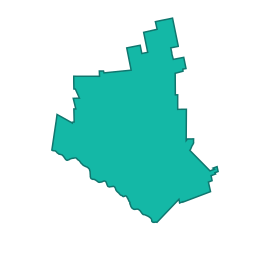 outline of Banda, Santiago del Estero, Argentina, rotated 348°
{"feature_id": "61730980B71346119241334", "entity_name": "Banda", "entity_type": "district", "adm_level": 2, "iso_a3": "ARG", "parent_name": "Argentina", "parent_adm1": "Santiago del Estero", "projection": "robinson", "projection_center": [-64.338, -27.421], "detail": "fine", "context": "isolated", "style": "filled", "palette": "teal", "viewbox_px": 256, "rotation_deg": 348, "n_neighbors": 0, "source": "geoboundaries", "source_scale": "gbopen_adm2", "svg_char_len": 4223}
<svg xmlns="http://www.w3.org/2000/svg" viewBox="0 0 256 256"><g transform="rotate(348 128 128)"><path d="M87.2,174.1L87.4,174.4L87.7,174.6L88.0,174.9L88.4,175.1L88.8,175.2L89.5,175.2L90.4,175.3L91.2,175.3L91.6,175.2L92.2,175.1L92.9,174.9L93.5,174.9L94.1,175.0L94.6,175.3L95.1,175.9L95.3,176.4L95.4,176.8L95.4,177.2L95.6,177.9L95.6,178.4L95.7,179.1L95.8,179.6L95.9,180.1L96.1,180.8L96.4,181.1L96.8,181.4L97.1,181.5L97.5,181.8L98.2,181.8L98.7,181.8L99.4,181.9L100.2,181.9L100.7,182.0L101.3,182.0L101.8,182.1L102.2,182.5L102.6,182.8L102.9,183.5L103.0,183.9L103.2,184.8L103.2,185.3L103.2,185.9L103.4,186.3L103.5,186.7L103.7,187.1L104.0,187.7L104.2,188.0L104.5,188.4L104.8,188.9L105.1,189.2L105.3,189.6L105.7,190.0L105.8,190.5L106.2,191.0L106.4,191.5L106.8,191.9L107.2,192.4L107.7,192.7L108.1,192.8L108.4,193.2L108.7,193.8L109.1,194.1L109.6,194.1L110.2,194.1L110.8,193.9L111.2,193.8L111.8,194.0L112.1,194.4L112.6,195.1L112.7,195.6L112.8,196.1L112.9,196.4L113.1,196.7L113.3,196.9L113.3,197.2L113.3,197.6L113.3,197.9L113.4,198.2L113.5,198.5L113.6,198.8L113.7,199.2L113.8,199.4L113.8,199.7L113.8,200.1L114.0,200.3L114.2,200.5L114.3,200.8L114.4,201.2L114.3,201.5L114.2,201.9L114.1,202.3L114.2,202.7L114.2,203.1L114.4,203.3L114.4,203.6L114.4,203.8L114.4,204.0L114.4,204.6L114.5,205.1L114.7,205.8L114.8,206.1L114.9,206.5L115.1,206.8L115.3,207.3L115.7,207.7L116.1,208.1L116.5,208.5L117.2,208.9L117.9,209.0L118.5,209.1L119.2,209.1L120.0,209.2L120.9,209.5L121.3,209.8L121.8,210.4L122.3,210.9L122.7,211.5L122.9,212.2L123.4,213.1L123.7,213.9L124.3,215.0L124.7,215.6L125.0,215.9L125.6,216.0L126.2,216.3L126.8,216.6L127.3,217.0L127.8,217.4L128.4,217.8L129.3,218.5L129.7,218.8L129.8,218.9L130.0,219.2L130.5,219.7L131.0,220.3L131.4,220.8L131.7,221.4L131.9,221.9L132.0,222.4L132.0,223.1L131.9,223.7L131.9,224.1L132.0,224.4L132.2,224.7L132.6,225.2L133.1,225.5L133.6,225.6L134.5,225.8L135.3,225.8L136.0,225.9L136.5,226.2L136.7,226.3L163.0,208.3L162.9,212.1L166.3,211.5L166.3,211.9L195.5,207.4L195.4,197.6L199.3,197.0L199.4,191.9L204.1,191.2L203.7,189.8L207.1,189.3L207.1,187.1L207.1,184.3L202.8,184.9L203.9,186.3L199.3,187.0L196.2,182.1L192.5,176.3L189.5,171.6L183.8,162.7L184.7,161.9L186.8,158.9L187.3,158.3L187.9,157.8L189.1,156.2L189.3,154.8L189.9,152.3L183.9,151.1L182.3,152.4L189.0,121.8L180.5,120.1L182.0,112.9L183.5,105.9L181.2,105.4L185.0,86.9L185.5,84.3L193.6,83.9L193.9,81.8L197.1,81.9L197.2,70.5L186.6,70.3L186.3,64.9L186.5,63.1L186.5,58.5L194.1,58.6L194.2,57.9L194.4,29.8L189.0,29.8L183.6,29.7L176.9,29.7L177.0,37.5L163.2,37.7L163.2,37.8L163.0,58.1L157.0,58.0L157.1,49.6L143.4,49.4L143.4,49.6L143.1,72.1L131.4,70.8L116.0,69.1L115.9,67.2L111.8,66.3L110.9,71.5L85.7,66.1L84.5,71.8L83.2,78.6L84.6,79.0L86.7,88.7L80.6,87.6L80.9,98.5L79.0,98.1L76.6,110.9L74.6,110.8L74.5,111.5L61.4,100.0L58.9,107.1L58.8,107.3L48.9,133.8L49.2,134.1L49.5,134.3L49.8,134.5L50.4,134.7L50.9,134.9L51.3,135.0L51.8,135.1L52.1,135.3L52.5,135.7L52.8,136.1L53.0,136.5L53.2,136.8L53.5,137.4L53.6,137.6L54.0,138.0L54.3,138.3L54.6,138.6L55.0,139.2L55.5,139.4L56.2,139.7L56.7,139.9L57.0,140.1L57.6,140.4L58.0,140.7L58.3,141.3L58.7,141.7L58.9,142.2L59.3,143.0L59.6,143.8L59.9,144.4L60.2,145.0L60.3,145.6L60.6,146.0L61.3,146.7L61.7,146.9L62.4,146.9L63.0,146.8L63.8,146.7L64.4,146.5L64.8,146.3L65.5,146.2L66.2,146.1L67.4,146.1L68.2,146.2L68.7,146.2L69.3,146.2L70.0,146.2L70.5,146.3L71.1,146.7L71.6,147.4L71.9,148.0L72.3,148.6L72.7,149.0L73.2,149.5L73.7,150.1L73.9,150.6L74.2,151.2L74.5,152.0L74.8,152.7L75.2,153.3L75.7,153.9L76.0,154.5L76.4,155.1L77.2,155.8L77.5,156.1L78.0,156.4L78.4,156.7L78.7,157.0L79.2,157.3L79.5,157.5L79.8,157.7L80.0,157.9L80.2,158.1L80.6,158.5L80.8,158.8L81.0,159.2L81.4,159.7L81.5,160.0L81.7,160.4L81.7,161.0L81.7,161.5L81.8,162.1L81.8,162.5L81.8,163.1L81.7,163.5L81.6,164.3L81.5,164.7L81.5,165.2L81.4,165.6L81.3,166.0L81.3,166.4L81.2,166.9L81.1,167.4L81.0,167.7L81.0,168.0L81.1,168.3L81.1,168.7L81.1,169.1L81.2,169.3L81.3,169.6L81.5,169.9L81.8,170.2L82.0,170.3L82.3,170.5L82.7,170.7L82.9,170.9L83.2,170.9L83.6,171.0L83.8,171.1L84.2,171.2L84.6,171.4L84.9,171.6L85.0,171.9L85.2,172.0L85.5,172.2L85.7,172.4L85.8,172.5L86.0,172.8L86.4,173.2L86.6,173.4L86.8,173.6L87.0,173.9L87.2,174.1Z" fill="#14b8a6" stroke="#0f766e" stroke-width="1.5"/></g></svg>